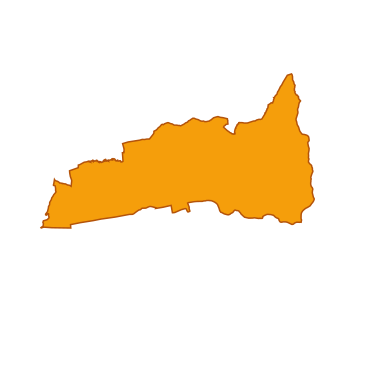 outline of Arcus, Covasna, Romania, rotated 148°
{"feature_id": "2599482B44539906477830", "entity_name": "Arcus", "entity_type": "district", "adm_level": 2, "iso_a3": "ROU", "parent_name": "Romania", "parent_adm1": "Covasna", "projection": "mercator", "projection_center": [25.745, 45.912], "detail": "fine", "context": "isolated", "style": "filled", "palette": "amber", "viewbox_px": 384, "rotation_deg": 148, "n_neighbors": 0, "source": "geoboundaries", "source_scale": "gbopen_adm2", "svg_char_len": 6007}
<svg xmlns="http://www.w3.org/2000/svg" viewBox="0 0 384 384"><g transform="rotate(148 192 192)"><path d="M302.0,275.5L304.8,272.3L305.9,271.3L305.9,270.9L304.9,270.0L304.9,269.4L305.8,267.3L307.1,265.2L307.1,264.5L307.7,263.9L310.6,263.0L312.4,262.0L314.1,261.3L315.2,260.2L318.2,258.6L319.3,257.0L319.8,256.5L321.3,255.8L322.4,254.4L325.0,251.9L327.9,250.8L328.2,250.2L327.9,249.6L326.8,249.9L325.6,249.9L325.2,249.6L325.2,249.3L326.2,248.3L326.4,246.9L326.7,246.2L327.5,245.7L329.6,245.3L333.3,246.3L334.5,245.3L334.7,244.8L334.6,244.2L334.8,243.9L336.3,242.0L338.5,241.9L339.0,241.8L338.9,241.4L336.8,240.9L336.0,240.5L329.8,236.0L313.9,225.7L312.3,228.7L302.8,225.1L291.0,220.1L283.6,217.3L270.3,211.4L257.0,206.2L254.3,204.6L253.0,204.4L250.0,204.7L246.8,204.9L245.0,204.3L243.2,204.7L242.6,204.5L239.7,202.8L236.0,202.3L235.1,201.9L233.8,200.8L230.9,197.7L231.5,197.3L224.6,194.4L216.8,191.7L219.6,184.8L219.2,184.5L217.4,183.7L210.5,182.7L206.5,181.5L205.9,180.9L206.2,178.2L206.1,177.3L205.8,177.1L204.2,176.8L203.9,176.9L203.3,179.3L202.4,180.7L201.6,184.9L200.7,184.9L195.2,182.6L192.7,181.3L188.2,178.6L186.5,178.1L185.6,177.5L184.0,177.0L182.0,175.8L181.4,175.2L180.4,174.6L179.5,173.5L178.2,171.5L177.4,169.6L177.0,167.9L177.7,163.8L178.4,161.4L178.3,159.5L177.6,158.8L176.3,156.4L174.1,154.0L172.9,153.2L171.3,153.0L170.6,153.2L168.3,153.0L165.6,154.0L164.9,153.8L164.3,152.9L162.8,151.7L162.4,151.2L162.3,149.9L162.0,148.9L162.1,147.6L161.5,145.2L160.8,142.8L157.9,139.9L154.3,137.7L152.8,137.1L149.6,134.3L148.9,134.0L146.6,132.5L146.1,132.5L145.5,132.9L145.1,133.6L144.8,133.7L143.0,133.7L140.4,133.3L139.6,132.9L137.0,131.0L135.2,129.0L134.7,126.8L134.1,125.4L132.9,123.8L132.8,123.0L133.1,122.0L133.2,121.0L133.1,120.0L132.9,119.6L132.0,118.9L130.4,118.3L128.1,116.8L126.9,115.4L124.5,111.6L124.0,111.3L122.9,111.0L121.5,111.3L119.5,111.0L118.4,110.4L117.0,109.4L116.3,109.1L115.5,108.5L114.0,110.1L113.8,110.6L113.8,111.1L113.4,112.0L111.5,114.9L110.7,115.8L109.9,116.5L107.9,117.4L105.7,117.8L104.0,117.9L102.1,117.7L99.1,117.7L96.6,118.8L95.4,119.1L93.6,120.0L92.3,121.0L91.9,121.7L91.8,123.3L90.4,127.6L89.2,129.2L88.2,130.2L87.9,130.8L87.7,132.0L87.9,133.3L87.8,133.9L87.5,135.1L87.1,135.9L86.5,136.9L85.7,137.8L84.8,139.2L84.0,139.9L83.8,141.0L83.3,141.7L80.2,144.3L78.9,145.1L78.4,145.7L78.0,147.3L77.2,148.5L77.1,149.7L76.6,151.0L76.6,151.6L77.2,153.5L77.4,155.6L76.3,157.2L75.3,158.0L75.3,158.8L75.0,159.5L73.9,161.0L72.8,163.1L70.9,165.1L69.6,166.9L69.1,169.0L67.8,172.4L67.3,172.8L65.9,173.3L65.3,173.7L64.4,175.6L63.9,176.9L63.9,177.8L64.5,179.3L66.2,181.2L67.8,182.5L68.1,183.4L68.3,186.0L68.2,187.1L67.2,190.6L67.1,193.4L66.0,196.2L65.7,197.7L65.0,198.9L60.3,202.9L59.5,204.3L59.2,205.3L58.3,206.6L56.8,207.6L54.8,209.9L53.7,210.9L51.7,211.7L52.1,214.5L51.7,215.8L51.3,216.0L51.2,216.4L51.3,216.9L51.4,218.4L52.0,218.7L52.1,219.1L52.1,221.8L51.4,222.5L51.4,223.7L51.3,224.1L50.8,224.6L50.7,225.1L49.4,226.3L49.0,227.1L48.5,227.3L48.0,228.0L48.2,228.8L48.0,230.0L47.4,231.4L47.3,233.7L45.6,236.6L45.0,238.3L45.0,239.4L49.3,240.5L56.4,236.9L59.4,235.1L61.0,234.6L64.8,232.2L66.4,231.5L68.2,229.9L70.2,229.5L72.3,228.4L72.6,228.6L72.6,227.9L73.8,227.2L74.9,225.8L76.0,225.4L76.3,224.9L76.7,224.9L77.6,225.7L78.9,225.5L81.3,225.5L81.8,224.6L82.2,224.4L82.4,223.8L83.2,223.1L84.6,222.6L84.7,222.2L85.3,221.7L85.9,221.6L86.3,221.0L87.3,220.6L87.6,220.2L88.4,220.3L88.5,219.7L94.1,216.9L95.6,217.3L96.6,218.1L99.0,218.8L100.7,218.8L102.3,219.6L108.3,221.1L110.9,222.6L112.9,224.4L114.0,225.0L114.5,225.5L115.2,225.9L115.6,226.0L116.4,225.1L116.9,225.4L117.8,225.2L118.0,224.9L118.5,224.9L118.7,224.4L119.3,224.3L121.1,223.2L121.2,222.7L122.0,222.6L123.8,220.7L124.5,219.6L124.3,219.2L124.9,218.5L126.4,219.2L126.4,219.6L127.3,220.2L127.6,220.8L127.5,221.1L127.7,221.5L128.5,222.5L128.8,223.9L129.1,224.3L129.6,225.5L130.9,230.2L130.2,230.8L128.3,231.0L127.4,231.3L125.5,230.6L124.6,232.4L123.7,233.8L123.5,234.9L123.2,235.4L126.3,238.6L128.5,240.4L130.0,242.2L132.0,242.9L134.3,243.5L136.3,243.3L137.2,243.0L138.3,243.2L139.6,243.0L142.8,244.2L144.1,245.1L144.4,245.8L144.8,246.2L145.9,246.6L147.2,247.9L148.3,250.0L150.3,252.1L150.8,253.1L152.1,254.1L155.0,254.1L155.6,253.9L157.1,254.2L158.2,253.9L158.7,253.6L160.8,254.0L162.6,253.8L166.4,254.1L166.9,254.4L167.5,255.2L168.3,255.6L169.4,256.7L171.6,258.1L172.8,260.3L173.9,261.3L175.2,263.2L176.1,263.8L179.0,264.4L180.7,264.3L181.1,265.0L182.1,265.3L184.9,264.4L186.4,264.4L188.4,263.7L190.0,263.5L192.1,263.7L193.0,262.3L194.1,261.6L200.0,259.5L202.4,260.9L204.3,261.6L206.4,263.0L208.7,263.6L219.7,268.3L225.2,269.8L226.8,264.6L228.3,262.1L228.6,262.2L229.0,261.5L230.2,262.2L233.8,255.4L234.3,254.6L234.9,254.5L236.3,255.0L236.4,255.4L236.1,256.1L236.2,256.4L236.7,256.8L237.6,256.9L238.5,257.7L238.1,258.1L238.1,258.4L238.5,258.6L239.4,258.3L240.0,258.7L240.1,259.1L240.4,259.6L240.0,260.1L240.0,260.6L240.3,261.3L240.8,261.5L241.3,262.2L242.5,262.5L242.7,262.1L242.0,261.3L242.2,261.1L243.2,261.8L243.6,262.3L245.4,262.8L246.1,263.5L246.5,263.1L246.6,262.4L247.4,263.5L248.5,263.6L248.4,264.5L247.9,264.9L247.9,265.3L248.2,265.6L249.0,265.4L249.3,264.6L249.5,264.8L249.7,265.4L249.1,265.5L249.3,265.7L250.6,265.5L250.8,265.3L250.7,264.6L251.9,264.9L252.2,264.8L253.5,265.2L253.7,265.7L253.4,266.1L253.9,266.4L254.9,266.0L255.2,266.4L254.7,266.7L254.6,267.0L254.7,267.3L256.2,268.1L255.7,269.0L256.1,269.5L256.6,269.6L257.2,269.4L258.0,269.6L258.1,270.0L258.9,270.3L259.6,269.9L259.7,270.2L259.1,270.5L258.9,270.8L259.1,271.4L259.3,271.6L260.0,271.4L260.5,271.6L261.2,271.5L262.3,272.2L262.6,271.9L262.5,271.3L263.4,272.3L263.2,272.6L263.2,272.9L263.6,273.1L265.1,273.3L267.7,274.4L272.9,274.7L274.1,275.1L275.6,272.9L284.6,274.9L285.6,273.0L287.0,269.5L287.7,266.2L288.1,265.2L291.5,260.9L292.4,262.7L293.9,264.0L294.9,265.8L296.2,266.8L297.3,268.0L297.6,267.9L298.4,269.1L299.4,269.7L299.8,271.3L300.1,271.6L300.3,272.3L301.1,273.0L302.0,274.5L302.0,275.5Z" fill="#f59e0b" stroke="#b45309" stroke-width="1.5"/></g></svg>